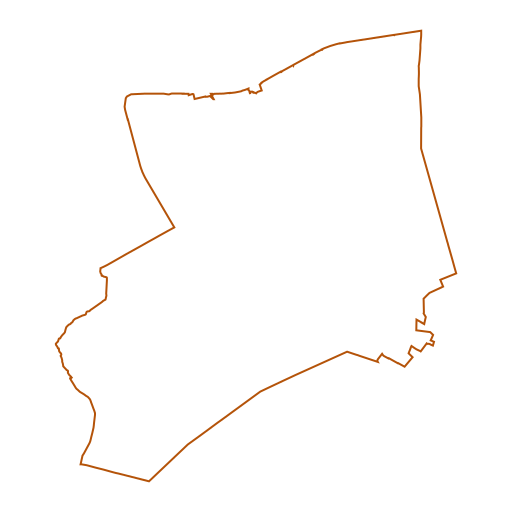 outline of Heeze-Leende, Noord-Brabant, Netherlands
{"feature_id": "6326949B20290330691137", "entity_name": "Heeze-Leende", "entity_type": "district", "adm_level": 2, "iso_a3": "NLD", "parent_name": "Netherlands", "parent_adm1": "Noord-Brabant", "projection": "albers", "projection_center": [5.542, 51.359], "detail": "fine", "context": "isolated", "style": "outline", "palette": "amber", "viewbox_px": 512, "rotation_deg": 0, "n_neighbors": 0, "source": "geoboundaries", "source_scale": "gbopen_adm2", "svg_char_len": 5511}
<svg xmlns="http://www.w3.org/2000/svg" viewBox="0 0 512 512"><path d="M125.1,109.8L127.7,119.6L127.9,119.5L139.9,164.6L140.3,166.1L140.8,167.6L141.3,169.1L141.9,170.6L142.4,172.1L143.1,173.5L143.7,174.9L144.4,176.3L145.1,177.7L145.9,179.1L174.3,227.4L167.9,230.9L165.2,232.4L159.6,235.5L154.1,238.6L148.5,241.7L140.2,246.4L126.3,254.1L118.1,258.8L115.3,260.4L112.5,262.0L107.0,265.1L105.6,265.8L104.2,266.5L102.7,267.2L100.5,268.2L100.5,268.9L100.2,271.4L100.6,273.0L100.8,273.4L101.5,274.4L101.7,274.7L101.7,275.0L101.6,275.3L101.6,275.6L101.8,275.8L103.0,276.1L103.7,276.6L104.6,276.8L106.3,277.2L106.6,277.3L106.8,277.6L106.9,277.9L106.9,280.4L106.2,293.6L106.3,294.5L106.4,295.8L106.0,297.2L105.6,299.2L105.4,299.7L105.2,299.8L104.7,300.0L104.0,300.4L103.0,301.0L102.3,301.7L101.1,302.6L91.4,309.4L90.7,309.8L90.2,310.3L89.8,310.7L89.6,311.0L89.4,311.1L88.9,311.3L88.1,311.3L87.3,311.5L86.7,311.8L86.6,312.0L86.4,312.4L85.8,314.3L85.7,314.4L85.5,314.6L84.7,314.9L82.6,315.5L81.8,315.8L81.3,316.1L80.1,316.6L79.7,316.8L76.5,318.3L75.7,318.5L75.1,318.9L74.7,319.1L74.1,319.7L73.4,320.3L73.2,320.7L72.5,322.0L72.2,322.3L72.0,322.5L71.6,322.7L71.3,322.9L71.1,323.1L70.7,323.7L70.5,323.8L70.0,324.2L69.7,324.3L69.2,324.5L68.9,324.6L68.6,324.9L67.9,325.5L67.2,326.2L66.3,327.2L66.2,327.5L66.0,328.0L65.7,329.1L65.6,329.3L64.9,332.2L64.7,332.5L64.1,333.3L62.5,334.9L62.4,335.1L62.1,335.4L61.7,335.9L61.4,336.3L60.9,337.0L60.7,337.4L60.3,338.2L60.1,338.4L59.5,338.4L59.2,338.5L58.9,338.7L58.9,338.8L58.6,339.6L58.3,340.4L58.1,341.1L58.0,341.4L57.6,341.9L56.9,342.5L56.6,342.9L56.3,343.3L56.0,343.5L55.9,343.6L55.8,344.0L56.1,345.0L56.3,345.4L56.9,346.1L57.3,346.7L57.9,348.2L58.0,348.3L58.4,348.3L58.6,348.3L58.8,348.5L58.9,349.1L59.0,350.1L59.2,351.3L59.3,351.5L59.8,352.1L60.2,352.7L60.3,352.8L60.8,353.2L61.0,353.4L61.1,353.7L61.3,354.4L61.2,354.9L61.1,355.2L60.7,355.6L60.7,355.8L60.7,356.0L60.8,356.3L61.2,357.0L61.4,357.4L61.9,359.0L62.1,359.9L62.2,360.4L62.2,361.8L62.8,363.5L63.2,365.7L63.2,366.0L63.3,366.4L63.5,366.6L63.7,366.8L64.6,367.8L66.2,369.5L66.3,369.7L66.8,370.2L67.5,370.4L67.9,370.8L68.0,371.1L68.0,371.6L67.9,372.5L67.9,372.8L68.0,373.0L69.1,374.8L69.6,375.3L70.0,375.7L71.0,376.7L71.5,377.4L71.7,377.6L71.3,378.0L70.2,378.2L70.2,378.3L70.1,378.5L70.4,379.1L70.7,379.4L71.1,380.3L73.4,383.9L73.9,384.8L74.4,385.5L75.0,386.6L75.8,387.9L76.1,388.3L76.4,388.7L76.7,389.0L77.4,389.5L78.9,390.9L79.6,391.6L80.0,391.9L80.8,392.4L82.5,393.4L84.1,394.4L86.1,395.9L87.0,396.4L87.8,396.9L88.3,397.4L89.8,399.1L90.2,399.8L91.0,401.9L91.0,402.1L91.9,404.4L92.3,405.5L93.5,408.8L93.8,409.5L94.0,410.0L94.5,411.4L94.6,411.9L94.8,412.4L95.0,413.1L95.0,413.9L95.0,414.9L94.1,422.4L93.8,425.4L93.8,425.5L93.5,427.8L92.3,433.0L91.2,437.3L90.7,439.5L90.2,441.4L89.8,442.4L89.4,443.3L84.0,453.3L83.5,454.1L82.5,455.6L82.4,456.1L80.6,464.3L81.4,464.3L86.6,465.2L88.5,465.7L95.5,467.6L103.5,469.6L112.5,472.1L115.9,473.0L118.3,473.5L149.0,481.3L164.5,466.6L170.5,460.9L187.8,444.5L201.2,434.8L217.6,422.7L222.5,419.2L260.3,391.6L267.0,388.4L283.5,380.6L290.2,377.5L295.3,375.1L347.1,351.7L356.4,354.8L357.6,355.1L359.4,355.8L377.5,361.8L377.8,361.9L377.7,361.7L377.4,361.2L377.4,360.9L377.4,360.5L377.5,360.1L377.6,359.8L377.7,359.5L378.3,358.7L382.1,353.8L383.1,355.3L383.4,355.6L384.1,356.1L388.5,358.5L388.8,358.2L397.9,363.3L398.1,363.1L404.6,366.7L412.6,357.2L408.6,353.3L409.5,351.0L409.9,350.1L410.1,349.5L410.6,348.1L410.9,347.2L411.5,346.0L414.7,348.2L416.4,349.3L419.6,350.8L420.1,351.0L420.7,351.4L426.7,343.4L426.9,343.6L427.0,343.7L427.2,343.8L427.5,343.9L428.3,343.8L428.8,343.8L429.2,343.9L429.5,344.0L430.0,344.2L430.7,344.6L431.1,344.8L432.9,345.6L434.0,341.8L430.7,340.4L432.9,335.4L433.1,334.9L430.2,332.1L416.3,330.3L416.5,319.6L422.0,322.7L421.9,322.8L424.2,324.1L424.6,322.2L425.2,319.5L425.8,317.0L423.6,313.4L423.9,312.5L423.6,298.7L427.1,295.2L429.5,292.9L443.1,286.6L440.3,279.8L456.2,273.4L454.3,266.7L452.6,260.5L449.3,248.9L448.4,245.8L447.7,243.1L447.0,240.9L446.9,240.4L421.1,148.5L421.2,127.7L421.3,126.6L421.3,117.4L419.9,94.3L418.7,86.2L418.7,78.8L418.8,76.7L418.9,74.1L418.9,72.0L418.8,67.4L418.7,65.9L418.9,65.2L419.5,60.6L420.4,48.5L420.4,45.8L420.4,44.6L420.6,42.3L421.1,36.8L421.2,34.5L421.2,30.7L394.7,34.8L394.4,35.2L394.2,35.2L393.9,34.9L347.1,42.1L345.2,42.5L339.8,43.5L339.7,43.3L337.8,43.8L336.2,44.2L333.2,45.1L330.2,46.0L327.3,47.1L324.3,48.2L321.9,49.3L322.2,49.7L322.0,49.9L321.5,49.8L320.1,50.4L318.7,51.1L317.3,51.8L315.9,52.5L312.5,54.4L313.1,54.6L312.8,54.8L312.2,54.6L293.4,64.9L293.3,65.4L293.1,65.1L281.5,71.5L281.4,72.0L281.1,72.1L280.8,71.6L272.9,76.0L269.4,78.0L266.8,79.4L266.9,79.5L263.8,81.2L261.3,82.8L261.4,83.3L259.7,84.5L261.7,90.5L259.8,91.1L257.6,91.9L256.2,93.1L256.1,93.3L254.8,92.7L254.4,92.8L253.6,92.2L253.2,92.6L252.2,91.6L250.7,91.7L250.4,92.8L250.3,93.1L249.9,93.2L249.6,92.2L249.4,91.2L249.3,90.9L249.2,90.8L249.1,90.6L248.6,90.2L248.3,89.9L248.1,89.7L248.5,89.3L248.5,88.5L247.1,89.1L244.7,90.0L242.4,90.6L241.4,91.2L239.6,91.6L235.0,92.5L229.8,93.1L229.8,92.9L227.5,93.1L225.1,93.4L223.5,93.6L214.1,93.8L213.7,94.2L213.1,94.6L212.4,93.8L210.9,93.8L211.5,95.0L211.8,95.8L212.1,96.3L212.4,96.8L213.7,99.2L213.3,99.2L210.0,96.0L207.4,96.7L205.4,96.8L205.3,96.5L194.6,99.0L193.5,94.3L192.9,94.0L192.4,94.0L188.7,95.2L188.5,93.8L183.1,93.8L183.2,93.6L178.9,93.5L172.0,93.5L171.1,93.7L169.1,94.4L168.2,94.4L163.8,93.7L144.0,93.7L131.1,94.3L126.9,96.5L125.8,98.2L124.6,106.7L125.1,109.8Z" fill="none" stroke="#b45309" stroke-width="2"/></svg>